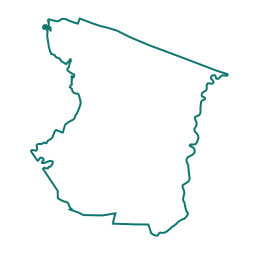 outline of Florencio Villarreal, Guerrero, Mexico, rotated 185°
{"feature_id": "50627088B89189510958197", "entity_name": "Florencio Villarreal", "entity_type": "district", "adm_level": 2, "iso_a3": "MEX", "parent_name": "Mexico", "parent_adm1": "Guerrero", "projection": "albers", "projection_center": [-99.124, 16.694], "detail": "fine", "context": "isolated", "style": "outline", "palette": "teal", "viewbox_px": 256, "rotation_deg": 185, "n_neighbors": 0, "source": "geoboundaries", "source_scale": "gbopen_adm2", "svg_char_len": 5755}
<svg xmlns="http://www.w3.org/2000/svg" viewBox="0 0 256 256"><g transform="rotate(185 128 128)"><path d="M33.7,190.4L43.5,192.5L79.1,202.6L85.5,204.4L112.0,211.7L116.7,213.1L129.5,217.2L136.6,219.7L147.4,224.0L157.2,226.1L164.5,227.2L172.1,229.0L183.1,232.1L185.5,232.8L187.1,227.6L190.7,228.3L196.5,229.9L199.1,230.9L201.5,231.1L203.0,231.0L204.2,230.3L204.9,229.6L205.6,229.0L206.6,228.4L208.0,228.1L209.6,228.4L211.1,228.5L212.4,228.7L213.3,228.9L214.7,229.2L215.2,229.3L215.8,229.3L216.4,229.1L216.9,228.8L217.2,228.0L216.8,227.6L216.1,227.2L216.0,226.7L216.4,225.7L216.0,224.8L216.0,223.4L215.9,222.5L215.4,222.0L214.5,221.5L214.0,221.4L213.6,219.3L213.7,218.6L214.4,219.1L215.0,219.3L215.7,219.7L216.4,220.3L217.0,221.0L217.5,221.8L217.8,222.6L218.3,223.0L218.5,223.3L219.7,223.2L220.4,223.0L220.7,222.7L221.2,221.8L221.3,221.4L221.4,220.8L221.3,220.2L221.0,219.8L220.5,219.4L220.2,219.4L220.2,219.6L220.4,220.1L220.6,220.7L220.7,221.8L220.7,222.3L220.4,222.6L220.1,222.7L219.4,222.7L219.0,222.1L218.8,221.4L218.5,220.3L218.1,220.0L217.8,219.3L217.5,218.2L217.0,218.0L216.4,216.8L216.6,215.6L216.6,213.8L216.2,211.3L215.0,206.5L214.1,202.4L212.9,199.3L212.1,197.1L211.3,195.8L211.1,195.2L207.4,194.2L206.6,192.9L205.4,192.3L204.1,191.6L202.2,191.3L200.5,188.9L195.2,186.2L194.9,186.5L194.7,187.0L193.4,188.6L192.9,189.2L192.5,189.8L192.2,190.3L191.9,191.0L191.3,191.5L190.8,190.6L190.8,189.6L191.3,188.8L191.6,188.1L191.9,186.7L192.1,183.7L192.6,182.9L193.2,182.3L193.4,181.6L193.4,180.7L193.2,180.1L192.8,179.7L191.6,179.0L189.9,178.0L188.9,177.5L188.2,177.2L187.5,176.9L186.4,176.6L186.2,176.2L186.2,174.8L186.4,174.1L186.8,173.7L187.2,173.7L187.5,173.9L187.9,174.2L188.1,174.5L188.4,174.7L188.7,174.6L188.8,174.4L188.5,173.9L188.6,173.6L188.6,173.4L188.4,173.3L188.2,173.3L187.9,173.3L187.8,173.1L187.9,172.5L188.1,172.0L188.1,171.5L188.4,171.3L188.3,170.9L188.2,170.5L188.0,170.4L188.0,170.2L188.2,169.7L188.2,169.0L188.1,168.7L188.1,168.3L188.1,167.9L188.0,167.6L187.8,167.2L187.7,166.9L187.8,166.3L188.1,166.2L188.3,165.9L188.7,165.6L188.8,165.4L189.1,165.0L189.1,164.7L189.2,163.8L189.4,163.6L189.4,163.4L188.8,163.2L188.0,162.6L187.3,161.9L187.0,161.2L186.7,160.1L185.5,158.8L184.7,158.1L183.4,157.8L182.4,157.8L181.4,157.9L180.4,157.5L179.6,155.9L178.1,151.9L177.4,149.6L177.4,148.1L177.6,146.5L178.0,144.9L178.3,143.9L178.9,142.0L179.3,140.7L180.4,137.5L181.2,136.4L181.5,135.5L182.2,132.9L183.2,131.6L185.8,130.0L187.5,128.9L190.4,126.3L191.1,125.4L191.4,123.2L191.9,121.3L192.2,119.8L192.3,118.1L193.0,117.8L194.1,118.1L199.4,119.7L200.7,118.2L201.3,116.1L202.1,113.6L202.6,111.9L203.3,110.9L204.3,110.1L205.2,109.4L206.1,108.7L206.8,108.3L207.4,107.0L207.7,106.0L208.6,105.6L210.1,106.2L210.9,106.0L211.9,105.0L213.1,104.5L215.8,104.3L216.4,104.1L217.0,103.5L217.3,103.0L217.5,102.7L217.5,102.4L217.4,102.0L217.0,100.7L216.8,99.3L216.8,98.9L216.8,98.3L217.2,97.6L217.7,97.4L218.4,97.4L220.3,97.7L221.7,97.6L222.6,96.8L222.6,96.3L215.3,87.5L215.2,87.5L214.3,88.3L213.9,89.0L213.4,90.0L212.5,90.9L211.2,90.7L209.9,90.2L209.4,89.7L209.3,88.7L210.6,86.8L210.6,85.8L209.4,85.6L206.9,86.5L205.0,87.3L203.2,88.4L201.6,88.4L200.1,88.0L200.0,86.7L200.1,85.4L200.5,84.9L201.3,83.7L201.8,83.0L202.2,82.6L203.1,82.6L203.8,82.3L204.1,80.9L205.1,80.6L206.6,80.8L207.9,81.2L208.9,80.2L209.1,79.9L192.5,59.2L191.9,52.2L191.7,52.0L191.2,51.6L190.7,51.2L190.2,51.0L189.2,50.8L188.4,50.3L187.7,49.9L187.0,49.9L186.3,49.7L185.3,49.2L184.1,49.0L183.3,49.2L182.7,48.9L181.8,48.2L181.0,47.8L180.5,46.9L180.1,45.8L179.5,44.7L178.4,43.1L177.4,42.5L178.7,41.7L169.8,39.4L164.6,37.4L145.6,38.7L133.1,41.9L134.3,35.4L134.6,31.4L112.6,32.6L99.3,33.6L96.3,26.8L96.2,25.7L95.9,25.4L95.2,25.0L94.3,24.4L93.4,23.9L91.9,23.4L90.0,23.2L89.3,23.5L88.7,24.1L88.2,25.4L86.9,26.6L84.5,26.5L82.3,27.0L80.6,28.1L79.6,29.0L78.8,29.8L78.5,30.1L78.1,30.4L77.8,30.8L77.1,31.4L75.8,33.0L75.0,33.7L74.0,34.3L73.3,34.9L72.7,35.5L72.4,35.9L71.3,36.9L71.0,37.5L69.8,38.9L67.9,40.4L66.5,41.4L65.4,42.0L64.4,42.3L64.0,42.5L63.3,43.3L62.4,44.4L61.7,45.5L61.6,45.9L61.1,47.0L60.9,47.4L60.8,48.0L60.9,48.3L61.3,49.0L61.9,49.5L62.2,49.9L62.5,50.3L62.7,50.8L63.0,51.2L63.1,51.9L63.5,52.6L64.1,54.5L64.5,55.5L64.9,57.2L65.0,57.9L65.1,58.2L65.3,58.6L66.0,59.5L66.4,60.3L66.8,61.2L67.0,62.7L66.9,63.6L66.5,65.6L66.3,67.2L66.2,68.3L66.4,69.2L66.9,70.6L67.1,71.2L67.5,72.0L68.1,73.0L68.6,74.2L68.7,74.8L68.5,75.5L68.2,76.1L67.3,76.7L64.3,79.0L63.7,79.5L63.1,80.1L62.4,81.6L62.2,83.3L62.7,85.2L63.1,87.2L63.6,89.5L64.4,93.9L64.6,94.7L64.7,96.0L64.8,96.5L65.2,97.2L66.1,98.4L66.6,99.2L66.8,100.4L66.9,101.2L66.7,102.2L66.5,103.1L66.0,103.9L64.7,104.9L61.8,106.7L61.1,107.3L60.0,108.6L59.7,109.3L59.5,110.2L59.6,111.2L60.1,112.9L61.0,113.9L62.2,114.5L63.3,115.0L64.3,115.3L64.9,115.7L64.9,116.5L64.4,117.0L62.7,117.2L61.0,117.3L59.8,117.6L58.9,118.2L58.3,119.4L57.9,120.5L56.9,124.4L57.3,125.6L57.9,127.3L60.0,129.3L61.4,130.8L61.7,133.0L60.6,135.4L60.0,137.0L60.0,138.6L60.5,140.2L61.6,141.9L62.1,142.9L62.4,144.0L62.1,144.7L61.6,145.1L60.8,145.7L59.4,146.3L58.4,146.9L57.6,148.1L57.2,149.6L57.3,151.7L57.6,154.5L57.5,156.7L57.5,160.1L57.3,160.6L57.1,161.2L56.1,162.0L55.2,162.6L54.0,163.3L53.9,164.1L54.0,164.5L54.2,164.8L54.5,165.1L56.7,165.8L57.2,166.2L57.4,167.1L57.4,168.1L57.3,169.1L56.9,169.6L55.2,171.0L53.5,172.3L53.2,173.0L53.0,173.7L53.1,175.4L53.2,176.0L53.4,176.6L53.3,177.3L52.8,178.9L52.6,179.2L52.1,179.5L51.3,179.6L50.2,179.4L49.1,179.3L48.4,179.5L47.7,179.7L47.1,180.2L46.8,181.2L47.2,182.3L47.4,182.6L48.3,183.3L49.2,184.0L49.7,184.8L49.7,185.8L49.0,187.3L48.0,187.9L46.7,188.1L45.9,188.0L45.3,187.1L44.4,185.0L42.8,184.7L41.8,185.4L40.9,186.4L40.4,187.2L39.5,188.1L38.0,188.8L35.8,188.7L33.9,188.8L33.4,189.3L33.7,190.4Z" fill="none" stroke="#0f766e" stroke-width="2"/></g></svg>